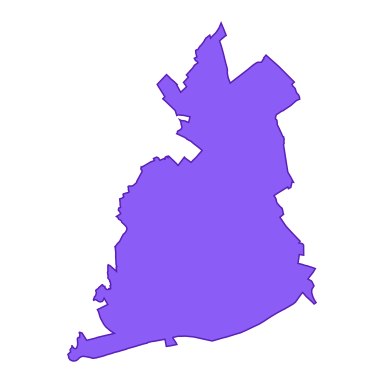 Ruginoasa, Iasi, Romania (orthographic projection)
{"feature_id": "2599482B22371739748147", "entity_name": "Ruginoasa", "entity_type": "district", "adm_level": 2, "iso_a3": "ROU", "parent_name": "Romania", "parent_adm1": "Iasi", "projection": "orthographic", "projection_center": [26.835, 47.264], "detail": "fine", "context": "isolated", "style": "filled", "palette": "violet", "viewbox_px": 384, "rotation_deg": 0, "n_neighbors": 0, "source": "geoboundaries", "source_scale": "gbopen_adm2", "svg_char_len": 5945}
<svg xmlns="http://www.w3.org/2000/svg" viewBox="0 0 384 384"><path d="M95.7,290.8L96.4,292.7L95.8,295.0L95.4,295.9L94.4,296.9L94.2,297.8L93.5,299.3L93.5,299.9L93.7,300.3L94.5,299.9L95.5,299.6L96.1,299.8L98.7,301.5L100.3,301.9L102.3,301.4L102.8,300.8L103.2,300.2L104.1,298.2L107.8,304.5L97.4,309.6L98.3,311.3L99.0,313.3L99.6,315.5L100.3,317.6L100.8,318.8L103.7,324.1L105.8,326.9L107.5,328.4L110.6,331.0L113.4,332.8L114.3,333.3L111.5,334.1L111.2,334.0L110.9,334.2L97.4,337.4L95.5,338.1L92.5,338.9L86.7,340.3L83.1,334.7L82.2,333.2L81.9,332.9L80.4,332.7L80.1,332.3L79.5,332.3L79.2,332.7L79.8,334.2L79.6,337.4L78.1,337.5L77.8,338.0L77.4,338.7L77.3,339.3L77.5,340.7L77.7,344.2L77.2,346.5L76.9,347.2L76.4,348.1L75.7,348.6L74.4,348.5L73.7,348.0L72.6,346.6L72.1,345.8L71.9,345.8L71.9,347.4L71.6,347.9L70.5,349.0L70.2,349.6L70.1,350.2L70.3,350.8L70.7,351.8L67.9,354.4L68.5,356.1L68.9,358.2L70.1,359.8L72.4,360.9L74.2,361.0L76.4,360.5L78.1,359.2L79.3,357.9L80.7,357.0L82.2,356.4L84.4,356.4L89.8,357.4L92.7,358.3L96.0,357.9L103.7,355.9L106.7,354.8L111.4,353.5L115.2,352.2L118.9,351.4L119.2,351.2L126.6,349.1L127.0,348.7L134.3,346.7L139.2,345.2L143.2,344.0L147.1,343.1L148.4,342.3L151.4,341.6L154.4,341.2L164.3,339.4L165.0,339.3L166.3,346.4L170.5,345.8L175.4,344.8L176.9,344.5L175.8,342.4L173.0,338.3L172.9,337.6L173.0,337.4L178.4,336.2L179.6,336.3L185.4,336.1L193.7,336.9L211.3,340.8L212.5,340.9L222.4,338.0L226.5,337.0L236.8,333.8L240.4,332.8L244.8,330.9L252.9,327.0L256.2,325.5L259.1,324.1L264.1,321.1L270.3,317.0L277.1,312.9L283.4,309.5L283.9,309.4L293.4,303.8L295.5,302.1L300.9,294.5L302.7,292.4L306.2,296.5L312.1,301.9L314.1,304.0L316.1,302.6L315.4,301.6L314.1,299.5L312.8,296.6L311.7,292.7L311.8,289.5L314.0,285.9L311.8,281.4L311.3,280.9L307.9,279.0L313.2,272.2L315.3,268.6L313.8,268.0L307.4,265.9L304.4,265.2L302.2,264.4L298.0,263.4L299.3,254.5L303.7,255.2L303.6,245.1L302.3,243.6L299.0,242.9L300.1,241.2L294.3,235.2L286.3,226.6L285.3,225.2L279.9,217.2L283.6,214.3L283.1,212.9L282.8,210.9L282.1,208.3L279.8,206.3L276.9,202.8L276.7,202.4L276.3,200.2L275.8,198.4L274.0,195.7L276.8,193.7L287.7,187.0L288.4,188.7L290.8,187.4L292.0,182.1L293.5,182.3L290.5,176.7L288.2,172.8L287.8,171.9L287.0,167.2L283.5,144.6L284.1,143.4L283.9,140.8L284.2,139.6L283.6,136.8L282.8,136.5L279.2,128.6L277.3,124.7L277.0,120.7L276.5,119.6L275.8,119.4L275.4,118.2L276.0,115.5L276.4,114.7L282.0,110.9L282.8,110.9L284.6,109.6L290.8,105.5L295.4,101.4L296.7,100.4L299.7,99.2L299.5,97.3L298.8,95.4L298.5,94.8L297.1,93.5L296.1,91.7L295.4,89.1L294.9,88.2L292.8,85.9L292.0,84.6L291.9,84.3L294.3,82.1L278.8,66.5L266.0,55.1L263.7,57.9L263.9,58.1L263.8,58.8L263.3,59.6L263.0,59.6L261.5,62.2L259.1,62.3L258.2,62.2L256.6,62.7L253.0,65.2L247.2,70.0L230.2,83.1L228.1,77.4L227.3,73.1L227.3,72.2L227.4,70.6L227.4,69.8L226.8,67.0L225.8,63.5L223.6,54.5L222.3,49.5L221.1,45.4L219.6,40.9L220.0,40.5L222.1,38.6L222.9,38.0L224.6,36.5L225.5,35.8L226.2,35.5L223.6,28.9L221.1,23.0L219.4,27.2L218.2,29.3L216.5,31.8L215.4,33.2L212.6,35.9L210.6,38.2L209.8,35.1L205.7,38.3L203.6,42.0L201.0,45.3L199.9,46.3L197.8,49.6L197.6,49.7L196.5,49.9L195.7,50.5L195.7,52.0L196.0,53.9L196.9,56.9L194.3,58.3L195.6,60.7L196.2,60.9L197.1,61.5L198.0,62.8L194.6,65.1L194.2,65.6L192.8,67.9L186.4,74.9L188.4,77.1L183.5,82.4L186.6,86.7L181.1,91.9L180.7,92.3L176.7,85.0L177.2,84.6L174.0,81.5L173.5,81.2L173.4,81.0L170.6,78.7L169.5,77.4L166.5,74.6L157.2,84.4L158.1,86.0L164.7,96.5L164.8,96.8L162.8,98.8L165.3,101.0L175.0,110.3L175.2,110.6L176.8,115.5L178.1,114.9L179.8,115.0L184.2,115.5L190.0,116.8L188.6,122.4L187.6,122.2L185.3,121.0L183.4,120.8L182.6,120.6L181.5,120.6L179.8,119.8L180.2,120.4L180.9,122.5L181.3,124.9L181.9,126.7L181.9,127.6L181.5,128.5L180.8,129.3L180.0,129.9L178.0,130.9L177.5,131.4L177.4,132.1L177.4,132.8L176.7,133.7L184.5,137.3L186.5,138.5L186.6,138.9L189.1,140.4L190.1,140.8L191.4,141.5L192.1,142.3L194.0,143.9L198.7,147.5L202.1,150.3L201.5,151.2L198.9,154.1L197.4,155.9L196.0,157.5L193.1,160.2L191.1,162.4L185.6,158.4L185.2,158.5L185.1,158.2L185.1,157.9L184.4,157.1L178.0,165.5L176.4,163.5L168.7,156.1L167.9,156.2L167.8,157.5L166.7,156.4L165.1,157.3L165.0,157.8L165.3,158.5L165.2,158.8L165.1,159.2L164.9,159.3L164.0,158.6L159.9,160.3L158.5,158.0L156.7,157.1L153.5,158.5L154.4,160.6L150.9,161.8L142.8,166.6L142.4,166.5L141.7,167.3L141.2,166.9L141.1,167.2L141.1,167.6L140.9,168.8L140.9,169.2L141.6,170.1L142.0,170.4L142.0,171.7L136.9,181.1L136.4,182.7L135.9,183.2L135.3,183.7L132.9,185.7L132.1,185.9L130.3,186.1L129.0,186.0L128.1,186.5L128.1,187.0L128.4,187.9L128.4,190.2L129.0,191.4L129.0,192.0L128.1,192.5L124.7,193.5L123.4,193.9L123.1,194.2L123.1,194.4L123.2,195.3L123.7,196.7L123.7,197.2L122.9,197.4L122.1,198.1L119.7,198.9L120.1,202.7L120.2,205.6L120.6,207.4L120.3,207.6L118.9,208.0L118.7,208.1L118.4,209.8L118.4,210.3L118.7,210.7L119.2,211.0L119.6,211.8L120.6,213.0L120.2,213.6L120.4,214.0L116.4,216.5L117.4,217.2L117.8,217.4L118.6,219.1L119.4,219.7L120.1,219.9L121.3,220.8L121.7,222.2L124.8,225.1L126.5,227.0L126.9,228.6L126.8,229.7L125.7,232.0L124.4,233.5L123.3,234.3L122.3,236.2L121.8,236.9L121.6,237.4L119.7,241.3L117.2,243.9L116.5,245.0L114.9,246.8L115.5,247.1L115.3,249.0L115.7,251.5L115.7,257.5L116.0,261.8L116.0,263.9L116.4,265.7L116.9,266.7L116.2,267.1L116.2,268.1L116.3,269.3L116.5,270.0L116.5,271.4L110.8,266.3L109.7,265.5L108.2,264.8L107.9,265.6L107.9,269.7L108.0,270.3L107.5,272.7L107.7,273.3L107.8,274.4L107.8,274.7L108.2,276.0L108.0,276.6L108.1,277.0L107.9,277.4L108.0,278.2L109.8,280.4L109.6,280.8L109.7,281.5L110.4,282.3L110.4,283.1L110.9,284.7L110.8,285.1L110.4,285.3L110.1,285.6L110.0,285.9L110.6,287.0L110.6,287.6L110.6,288.6L110.4,289.0L109.9,289.1L109.3,288.4L109.2,288.4L108.7,288.8L108.5,289.3L108.0,289.6L107.0,289.6L106.6,289.4L106.3,289.3L105.5,288.1L105.0,288.0L104.8,287.5L104.9,286.4L103.4,286.2L103.0,286.0L103.0,285.2L102.4,284.7L102.2,284.7L98.9,287.5L98.7,287.7L98.6,288.1L98.2,288.6L96.3,289.7L95.7,290.8Z" fill="#8b5cf6" stroke="#5b21b6" stroke-width="1.5"/></svg>